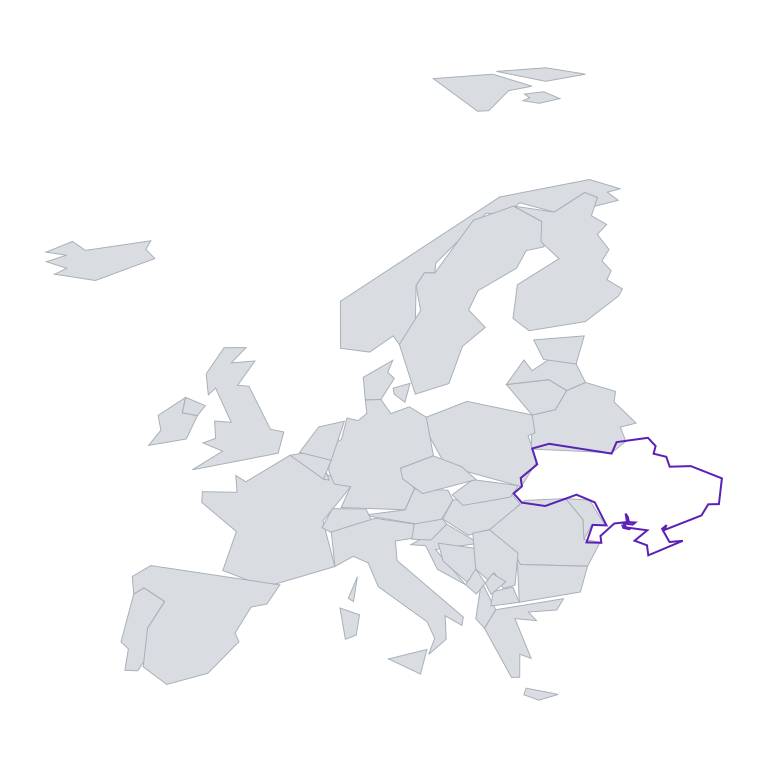 location of Ukraine within Europe
{"feature_id": "UKR", "entity_name": "Ukraine", "entity_type": "country or territory", "adm_level": 0, "iso_a3": "UKR", "parent_name": "Europe", "parent_adm1": "", "projection": "natural_earth1", "projection_center": [31.244, 48.371], "detail": "coarse", "context": "in_parent", "style": "outline", "palette": "violet", "viewbox_px": 768, "rotation_deg": 0, "n_neighbors": 37, "source": "natural_earth", "source_scale": "50m", "svg_char_len": 7844}
<svg xmlns="http://www.w3.org/2000/svg" viewBox="0 0 768 768"><path d="M433.3,78.6L492.6,74.2L531.9,86.2L508.7,90.6L488.7,110.7L477.5,111.2L433.3,78.6ZM618.2,200.3L593.0,206.7L597.4,197.6L584.8,192.5L554.2,212.1L519.8,202.7L505.1,215.2L486.3,213.1L435.8,263.1L434.8,273.0L424.5,272.8L416.1,285.5L415.2,326.9L399.4,344.5L393.2,335.9L369.6,352.1L340.5,348.3L340.4,301.3L499.7,197.0L589.4,179.5L620.1,188.8L607.3,192.2L618.2,200.3ZM585.4,74.2L545.7,81.3L496.4,71.4L546.0,67.8L585.4,74.2ZM559.9,98.6L539.1,103.3L523.1,100.7L529.7,97.7L524.5,94.1L543.6,91.8L559.9,98.6Z" fill="#d9dde1" stroke="#a8b0b8" stroke-width="1"/><path d="M290.0,455.3L350.7,486.7L322.9,520.9L334.9,566.5L265.6,586.9L222.8,570.5L236.4,531.5L201.8,502.5L202.4,491.7L237.0,492.3L235.8,475.5L245.8,481.8L290.0,455.3ZM348.3,598.4L357.4,576.8L353.5,601.5L348.3,598.4Z" fill="#d9dde1" stroke="#a8b0b8" stroke-width="1"/><path d="M399.4,344.5L420.6,310.6L416.1,285.5L424.5,272.8L434.8,273.0L473.3,220.3L513.5,206.1L541.7,221.4L544.1,246.8L526.2,250.6L516.6,268.1L478.0,290.7L468.6,310.0L485.2,327.4L462.4,346.4L448.9,383.5L415.3,394.1L399.4,344.5Z" fill="#d9dde1" stroke="#a8b0b8" stroke-width="1"/><path d="M585.5,382.5L615.5,391.4L614.1,402.0L636.0,423.1L620.3,427.1L625.8,441.3L611.7,452.8L531.3,449.0L532.1,415.0L555.4,409.6L566.6,390.5L585.5,382.5Z" fill="#d9dde1" stroke="#a8b0b8" stroke-width="1"/><path d="M532.1,415.0L535.0,432.7L528.1,435.7L536.6,461.8L521.2,486.6L445.9,465.9L424.9,428.5L426.3,417.2L467.0,401.4L532.1,415.0Z" fill="#d9dde1" stroke="#a8b0b8" stroke-width="1"/><path d="M453.0,500.0L440.3,521.5L423.8,525.3L364.0,515.2L404.9,509.8L414.4,488.8L448.0,490.2L453.0,500.0Z" fill="#d9dde1" stroke="#a8b0b8" stroke-width="1"/><path d="M512.8,495.6L519.8,503.6L499.0,527.0L468.3,535.3L442.7,519.0L453.0,500.0L512.8,495.6Z" fill="#d9dde1" stroke="#a8b0b8" stroke-width="1"/><path d="M565.6,498.6L589.5,500.1L605.2,525.4L591.5,525.2L583.9,539.4L582.9,519.6L565.6,498.6Z" fill="#d9dde1" stroke="#a8b0b8" stroke-width="1"/><path d="M583.9,539.4L600.1,542.3L587.5,566.2L520.4,564.5L489.4,529.8L524.9,500.4L565.6,498.6L582.9,519.6L583.9,539.4Z" fill="#d9dde1" stroke="#a8b0b8" stroke-width="1"/><path d="M566.6,390.5L555.4,409.6L532.1,415.0L506.4,384.5L548.8,379.6L566.6,390.5Z" fill="#d9dde1" stroke="#a8b0b8" stroke-width="1"/><path d="M576.1,364.0L585.5,382.5L566.6,390.5L548.8,379.6L506.4,384.5L523.9,360.0L532.1,370.6L552.9,357.0L576.1,364.0Z" fill="#d9dde1" stroke="#a8b0b8" stroke-width="1"/><path d="M584.2,335.9L576.1,364.0L543.5,359.5L533.7,339.9L584.2,335.9Z" fill="#d9dde1" stroke="#a8b0b8" stroke-width="1"/><path d="M426.3,417.2L433.4,455.9L400.4,468.3L414.4,488.8L404.9,509.8L341.1,507.5L350.7,486.7L334.2,484.0L328.7,470.3L331.1,445.0L341.5,439.5L347.0,418.1L358.3,420.6L366.8,413.4L365.3,399.8L380.9,399.5L390.8,413.6L409.3,406.9L426.3,417.2Z" fill="#d9dde1" stroke="#a8b0b8" stroke-width="1"/><path d="M517.2,558.3L520.4,564.5L587.5,566.2L580.4,592.0L519.3,602.2L517.2,558.3Z" fill="#d9dde1" stroke="#a8b0b8" stroke-width="1"/><path d="M558.2,694.4L538.7,700.2L523.8,694.7L526.2,688.2L558.2,694.4ZM495.7,609.7L563.5,598.7L556.7,610.0L528.3,612.0L536.5,620.6L514.9,618.6L531.1,658.3L519.8,654.3L519.7,677.2L511.5,677.4L484.4,628.2L495.7,609.7Z" fill="#d9dde1" stroke="#a8b0b8" stroke-width="1"/><path d="M495.7,609.7L484.4,628.2L475.8,618.7L481.4,581.7L495.7,609.7Z" fill="#d9dde1" stroke="#a8b0b8" stroke-width="1"/><path d="M446.6,524.2L479.0,543.2L435.4,549.5L465.7,584.8L437.4,569.3L425.6,545.6L410.9,544.7L446.6,524.2Z" fill="#d9dde1" stroke="#a8b0b8" stroke-width="1"/><path d="M365.9,508.9L373.5,524.5L336.0,535.1L322.0,527.6L332.4,508.7L365.9,508.9Z" fill="#d9dde1" stroke="#a8b0b8" stroke-width="1"/><path d="M325.6,470.8L329.2,480.1L323.4,479.1L325.6,470.8Z" fill="#d9dde1" stroke="#a8b0b8" stroke-width="1"/><path d="M331.2,460.3L323.4,479.1L290.0,455.3L318.8,450.5L331.2,460.3Z" fill="#d9dde1" stroke="#a8b0b8" stroke-width="1"/><path d="M344.4,421.2L331.2,460.3L299.5,452.4L318.8,426.9L344.4,421.2Z" fill="#d9dde1" stroke="#a8b0b8" stroke-width="1"/><path d="M133.8,593.9L144.0,587.8L164.7,601.5L147.6,628.2L150.3,651.9L137.7,670.8L124.9,670.3L128.4,649.0L121.0,641.8L133.8,593.9Z" fill="#d9dde1" stroke="#a8b0b8" stroke-width="1"/><path d="M143.2,666.8L147.6,628.2L164.7,601.5L144.0,587.8L133.8,593.9L132.2,576.5L150.8,565.6L279.8,584.9L267.0,603.9L251.1,607.1L235.0,633.0L238.9,641.7L207.8,673.3L166.7,684.4L143.2,666.8Z" fill="#d9dde1" stroke="#a8b0b8" stroke-width="1"/><path d="M197.4,415.6L186.2,439.0L148.6,445.4L160.9,430.2L158.1,415.4L185.6,397.4L182.4,412.8L197.4,415.6Z" fill="#d9dde1" stroke="#a8b0b8" stroke-width="1"/><path d="M375.0,518.3L414.1,524.1L414.7,537.9L395.4,541.0L397.0,560.5L463.3,617.1L461.9,625.4L445.1,615.8L446.2,639.2L428.7,654.4L434.7,638.3L427.1,621.8L378.3,586.7L368.3,563.0L353.2,556.3L334.9,566.5L331.3,531.9L375.0,518.3ZM388.5,658.9L426.9,649.5L420.5,674.1L388.5,658.9ZM340.0,608.0L359.5,614.9L356.2,635.1L345.4,639.2L340.0,608.0Z" fill="#d9dde1" stroke="#a8b0b8" stroke-width="1"/><path d="M380.9,399.5L365.3,399.8L363.2,377.3L392.7,360.4L387.7,372.3L394.3,378.4L380.9,399.5ZM410.0,383.4L404.9,402.2L394.1,394.1L393.2,388.1L410.0,383.4Z" fill="#d9dde1" stroke="#a8b0b8" stroke-width="1"/><path d="M197.4,415.6L182.4,412.8L185.6,397.4L205.3,405.7L197.4,415.6ZM231.2,422.3L215.6,388.0L208.3,394.8L206.2,373.8L224.1,347.7L246.0,347.6L231.3,362.9L254.9,361.0L237.6,385.3L248.9,386.2L270.4,429.2L283.8,432.0L278.1,453.2L192.3,469.8L222.6,451.2L202.9,442.9L215.6,438.4L214.6,421.0L231.2,422.3Z" fill="#d9dde1" stroke="#a8b0b8" stroke-width="1"/><path d="M150.8,240.8L145.8,249.4L154.8,258.5L95.4,280.5L54.5,274.2L66.8,268.3L46.4,261.7L66.6,255.2L46.1,252.1L72.5,241.4L85.3,250.4L150.8,240.8Z" fill="#d9dde1" stroke="#a8b0b8" stroke-width="1"/><path d="M414.1,524.1L442.7,519.0L446.6,524.2L431.0,540.0L411.9,539.2L414.1,524.1Z" fill="#d9dde1" stroke="#a8b0b8" stroke-width="1"/><path d="M597.4,197.6L591.4,215.8L606.7,224.5L597.2,234.4L609.0,249.5L601.9,260.9L611.2,270.9L606.9,279.7L622.5,289.0L618.5,296.0L585.4,321.5L529.1,330.7L513.0,318.5L517.4,284.7L559.0,258.7L540.9,241.6L541.7,221.4L513.5,206.1L554.2,212.1L584.8,192.5L597.4,197.6Z" fill="#d9dde1" stroke="#a8b0b8" stroke-width="1"/><path d="M518.7,485.7L510.3,497.1L462.9,505.4L452.2,494.8L472.6,479.6L518.7,485.7Z" fill="#d9dde1" stroke="#a8b0b8" stroke-width="1"/><path d="M433.4,455.9L461.8,466.8L476.0,479.6L422.6,493.6L402.7,478.9L400.4,468.3L433.4,455.9Z" fill="#d9dde1" stroke="#a8b0b8" stroke-width="1"/><path d="M467.2,582.2L443.1,561.2L438.3,543.2L478.4,548.8L478.5,568.4L467.2,582.2Z" fill="#d9dde1" stroke="#a8b0b8" stroke-width="1"/><path d="M512.9,587.2L519.3,602.2L490.8,606.0L493.3,591.3L512.9,587.2Z" fill="#d9dde1" stroke="#a8b0b8" stroke-width="1"/><path d="M472.8,533.1L489.4,529.8L518.0,553.1L515.0,585.1L503.2,588.4L494.6,572.8L487.7,579.8L475.7,569.0L472.8,533.1Z" fill="#d9dde1" stroke="#a8b0b8" stroke-width="1"/><path d="M485.3,583.2L476.4,594.0L465.7,584.8L475.7,569.0L485.3,583.2Z" fill="#d9dde1" stroke="#a8b0b8" stroke-width="1"/><path d="M491.1,594.3L485.3,583.2L492.5,573.7L505.8,581.7L491.1,594.3Z" fill="#d9dde1" stroke="#a8b0b8" stroke-width="1"/><path d="M662.1,528.9L669.5,542.0L682.8,540.8L648.3,555.3L647.0,545.3L634.6,540.7L647.3,530.3L626.5,527.5L623.2,523.4L632.7,524.6L635.3,522.5L629.0,522.1L627.8,517.0L625.6,513.6L627.0,522.0L614.3,523.5L600.5,535.9L601.3,542.8L586.5,542.4L592.6,524.9L606.5,525.4L594.8,502.4L576.5,494.7L545.2,506.0L521.8,502.6L513.6,493.4L521.9,486.4L520.7,478.0L537.2,464.4L532.2,448.5L549.1,443.8L611.6,453.6L616.6,442.1L647.9,437.8L655.6,446.0L653.6,453.7L666.3,456.8L669.7,466.7L690.8,466.1L721.9,478.4L718.9,504.1L708.2,504.3L701.5,515.4L664.1,530.1L666.6,525.1L662.1,528.9ZM630.3,529.4L623.4,527.9L622.7,526.1L630.3,529.4Z" fill="none" stroke="#5b21b6" stroke-width="2"/></svg>